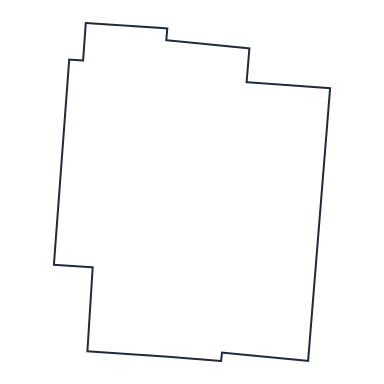 outline of Jackson, Ohio, United States of America
{"feature_id": "52423323B30327543932736", "entity_name": "Jackson", "entity_type": "district", "adm_level": 2, "iso_a3": "USA", "parent_name": "United States of America", "parent_adm1": "Ohio", "projection": "mercator", "projection_center": [-82.642, 39.026], "detail": "fine", "context": "isolated", "style": "outline", "palette": "slate", "viewbox_px": 384, "rotation_deg": 0, "n_neighbors": 0, "source": "geoboundaries", "source_scale": "gbopen_adm2", "svg_char_len": 315}
<svg xmlns="http://www.w3.org/2000/svg" viewBox="0 0 384 384"><path d="M69.2,59.6L53.9,264.8L92.7,267.3L87.4,351.3L167.3,356.7L221.1,361.0L222.0,352.6L308.1,360.9L322.4,184.0L330.1,88.2L246.6,82.2L249.4,48.4L166.3,40.2L167.3,28.4L85.8,23.0L83.1,60.5L69.2,59.6Z" fill="none" stroke="#1e293b" stroke-width="2"/></svg>